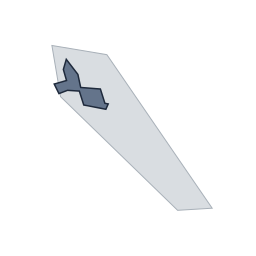 Anguilla, with Stoney Ground highlighted, rotated 254°
{"feature_id": "AIA-5123", "entity_name": "Stoney Ground", "entity_type": "District", "adm_level": 1, "iso_a3": "AIA", "parent_name": "Anguilla", "parent_adm1": "", "projection": "albers", "projection_center": [-63.024, 18.252], "detail": "fine", "context": "in_parent", "style": "filled", "palette": "slate", "viewbox_px": 256, "rotation_deg": 254, "n_neighbors": 0, "source": "natural_earth", "source_scale": "10m", "svg_char_len": 470}
<svg xmlns="http://www.w3.org/2000/svg" viewBox="0 0 256 256"><g transform="rotate(254 128 128)"><path d="M204.3,127.9L27.7,186.8L35.2,153.0L176.7,71.8L228.3,77.6L204.3,127.9Z" fill="#d9dde1" stroke="#a8b0b8" stroke-width="1"/><path d="M180.1,71.1L190.6,69.2L190.6,82.0L202.1,82.0L211.0,87.6L193.3,94.6L180.0,93.7L173.1,112.2L158.1,112.6L156.6,115.6L152.1,111.9L162.3,91.8L176.9,91.4L180.9,80.2L180.1,71.1Z" fill="#64748b" stroke="#1e293b" stroke-width="1.5"/></g></svg>